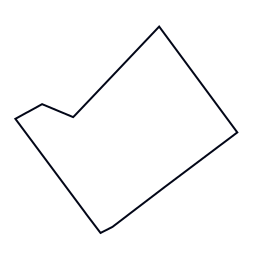 outline of Al-Ganoub 2, Al Isma`iliyah, Egypt, rotated 55°
{"feature_id": "37247803B49247378717422", "entity_name": "Al-Ganoub 2", "entity_type": "district", "adm_level": 2, "iso_a3": "EGY", "parent_name": "Egypt", "parent_adm1": "Al Isma`iliyah", "projection": "orthographic", "projection_center": [32.241, 30.969], "detail": "fine", "context": "isolated", "style": "outline", "palette": "ink", "viewbox_px": 256, "rotation_deg": 55, "n_neighbors": 0, "source": "geoboundaries", "source_scale": "gbopen_adm2", "svg_char_len": 389}
<svg xmlns="http://www.w3.org/2000/svg" viewBox="0 0 256 256"><g transform="rotate(55 128 128)"><path d="M62.8,44.3L85.9,157.8L87.3,164.8L87.6,166.7L59.2,184.7L57.6,199.7L57.4,201.4L57.3,201.8L55.9,215.0L56.2,215.0L173.1,211.6L174.8,211.6L198.2,210.7L200.1,197.4L198.8,166.5L197.4,132.0L195.1,64.5L194.7,51.9L194.3,41.0L62.8,44.3Z" fill="none" stroke="#020617" stroke-width="2"/></g></svg>